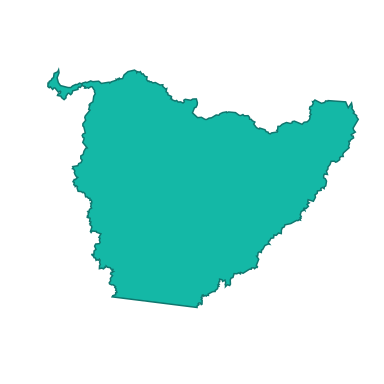 Oriximiná, Pará, Brazil (orthographic projection), rotated 277°
{"feature_id": "56859067B55798525493506", "entity_name": "Oriximiná", "entity_type": "district", "adm_level": 2, "iso_a3": "BRA", "parent_name": "Brazil", "parent_adm1": "Pará", "projection": "orthographic", "projection_center": [-56.798, 0.267], "detail": "fine", "context": "isolated", "style": "filled", "palette": "teal", "viewbox_px": 384, "rotation_deg": 277, "n_neighbors": 0, "source": "geoboundaries", "source_scale": "gbopen_adm2", "svg_char_len": 5973}
<svg xmlns="http://www.w3.org/2000/svg" viewBox="0 0 384 384"><g transform="rotate(277 192 192)"><path d="M78.0,211.1L79.4,210.9L81.0,212.6L81.7,211.7L82.7,212.3L82.8,213.8L81.4,214.9L81.9,215.6L85.6,215.3L86.5,214.3L87.3,215.0L88.5,214.1L88.9,214.8L90.8,214.7L91.2,215.7L90.0,216.4L91.0,217.7L90.4,218.8L91.4,219.6L91.4,220.9L92.8,220.6L95.6,224.7L96.1,227.1L97.0,227.0L99.1,229.1L101.4,229.3L101.7,230.1L102.9,229.0L103.6,230.1L103.9,229.6L106.1,229.7L106.4,230.4L108.9,230.0L108.6,232.5L107.0,233.3L108.6,235.5L106.2,236.5L104.0,236.2L103.8,236.8L102.2,236.8L104.3,238.4L103.8,240.8L105.2,241.4L109.3,240.7L111.2,241.2L112.2,243.1L116.1,243.7L116.3,246.5L117.4,248.1L116.7,250.0L118.1,249.9L117.6,252.6L122.4,258.5L122.6,260.2L123.8,260.3L124.3,262.6L123.5,263.5L125.0,264.6L125.0,265.8L125.7,266.1L127.0,264.8L133.4,266.4L136.2,263.9L136.6,265.0L139.7,265.0L140.8,266.0L140.4,268.2L142.9,268.1L143.4,269.1L147.8,270.9L149.7,274.1L149.6,275.4L150.9,274.1L152.4,274.0L152.9,275.0L155.6,275.9L156.4,278.6L159.3,278.6L159.3,281.0L161.8,282.8L161.6,285.7L165.1,285.4L167.4,286.0L168.6,287.9L170.7,288.2L172.7,293.9L176.5,299.2L176.5,300.7L177.5,301.6L177.3,303.0L178.3,302.5L179.1,303.3L179.8,302.5L180.7,303.5L182.6,302.2L186.0,302.8L187.2,304.7L188.4,304.8L187.5,306.3L189.6,305.5L189.6,307.3L192.0,309.3L193.8,307.7L195.5,309.7L196.3,308.1L198.5,308.2L197.6,313.6L201.8,315.2L204.2,314.4L205.9,316.4L208.3,316.4L209.4,320.0L211.2,319.4L212.4,321.0L211.5,322.7L213.3,322.7L214.3,324.0L219.2,324.2L221.4,322.7L222.2,320.9L224.5,320.7L226.0,321.3L225.9,324.3L229.2,322.8L231.2,324.1L233.5,323.9L236.0,325.6L239.4,326.3L239.9,329.6L239.1,330.9L239.6,332.1L242.1,334.7L244.0,334.4L245.3,335.4L245.7,337.8L247.5,337.1L249.4,337.6L255.1,342.6L256.6,341.7L259.1,342.4L261.4,341.4L261.8,342.7L263.1,343.1L265.4,345.8L267.1,345.2L267.2,343.8L268.3,343.0L271.4,346.8L273.0,345.0L275.0,344.1L284.4,348.2L286.6,346.1L287.9,346.1L290.0,342.5L291.2,343.3L294.7,340.3L295.7,340.8L299.8,339.5L294.7,336.8L300.2,333.5L299.3,315.9L298.7,315.7L298.7,313.6L297.0,312.7L295.8,309.6L298.3,302.8L296.2,301.2L296.3,300.7L294.4,301.6L291.8,300.4L291.2,298.9L290.3,298.6L288.6,298.5L288.0,299.8L284.5,299.5L283.6,300.7L281.5,299.4L280.8,300.1L278.3,299.8L275.7,297.9L274.9,294.8L272.6,293.0L274.8,285.0L274.1,283.0L272.9,282.9L272.0,281.2L272.5,277.3L270.2,273.3L267.9,271.3L267.6,269.3L264.5,269.4L263.5,268.6L262.8,269.6L262.0,269.4L260.4,263.9L259.2,262.5L259.6,260.8L260.7,260.2L260.9,258.2L262.7,256.9L263.7,251.5L262.9,251.3L262.9,250.3L263.7,248.2L266.9,245.0L269.1,245.9L270.1,243.1L271.3,242.1L271.3,240.3L273.0,240.0L274.6,238.4L274.0,234.5L275.1,233.1L273.8,231.1L273.9,229.4L276.1,225.5L275.9,218.6L275.0,216.9L275.7,216.4L274.6,212.8L273.0,210.2L271.4,209.3L271.4,206.6L268.0,202.3L267.4,199.8L265.8,197.9L265.6,196.2L267.3,192.2L266.5,188.5L270.6,182.8L276.0,184.2L276.5,185.6L279.0,186.5L281.2,186.5L284.9,185.0L284.4,181.5L282.9,179.6L283.2,174.0L282.1,172.7L280.5,173.4L279.2,172.2L280.1,169.8L279.6,167.2L281.0,165.6L280.2,164.2L281.2,160.8L282.7,160.2L282.3,159.6L284.3,160.0L285.6,156.2L287.2,156.0L288.4,154.0L291.6,154.3L291.0,153.2L293.3,150.0L294.9,150.0L294.3,147.1L296.2,142.3L295.5,139.8L296.5,138.0L296.2,136.6L297.0,135.7L296.5,135.0L298.0,133.2L300.8,133.4L301.1,131.1L303.3,129.2L302.9,127.9L305.2,126.0L304.5,125.2L304.8,123.3L303.8,122.7L304.9,122.4L306.0,120.1L303.7,113.8L299.9,110.3L296.1,109.3L295.4,106.5L295.9,106.2L294.8,105.6L295.6,104.9L294.3,103.7L294.6,103.0L293.7,103.2L291.6,98.6L290.2,97.2L290.9,97.0L290.7,95.6L288.7,88.8L290.6,85.9L289.4,80.1L289.9,77.9L287.7,74.3L288.1,73.1L286.7,70.0L285.8,69.9L286.4,67.1L284.6,65.0L284.6,63.6L282.7,60.5L280.9,59.0L280.6,56.2L281.6,48.5L284.3,46.0L289.0,44.2L294.1,45.5L297.0,44.7L295.0,44.1L292.9,40.7L288.7,40.6L287.6,39.3L285.8,38.7L284.3,36.8L282.8,36.7L282.6,35.8L279.1,36.1L278.1,37.6L279.1,38.7L276.8,41.2L278.6,42.5L278.5,43.4L274.8,47.2L276.1,48.8L275.5,49.5L274.1,49.3L272.7,47.0L271.4,46.7L271.1,50.3L269.8,51.0L268.1,53.8L270.1,55.5L271.5,55.2L274.6,56.7L275.1,57.7L273.8,59.7L275.2,60.8L277.9,61.3L279.9,66.3L281.1,66.1L282.5,67.0L282.2,68.4L284.3,69.6L283.5,73.1L282.1,72.7L282.0,73.3L282.9,75.8L282.4,76.6L284.3,78.8L284.2,80.1L280.6,83.1L279.7,82.9L277.7,84.0L275.1,82.8L269.5,82.7L267.1,79.9L266.0,80.2L265.8,79.3L264.1,79.9L261.4,79.4L260.8,80.8L254.5,76.8L252.9,76.5L250.2,77.7L246.5,75.4L244.3,75.6L243.4,76.7L237.6,78.9L236.3,76.8L234.7,76.1L232.8,77.2L232.7,78.1L231.4,78.4L227.9,77.5L223.0,82.6L222.5,81.2L219.3,79.8L216.0,79.4L214.2,77.2L211.5,77.6L210.3,79.1L207.7,78.3L206.4,76.1L204.2,75.5L202.7,70.6L202.0,71.2L200.6,70.5L200.4,71.7L198.5,73.2L197.0,72.8L194.9,73.9L192.9,75.6L192.6,76.8L190.0,74.5L190.1,73.6L187.7,72.6L187.1,74.0L184.8,73.8L184.2,75.1L183.2,75.4L184.1,76.3L183.3,77.7L182.1,77.4L178.8,78.9L178.9,82.2L178.0,83.4L178.5,84.4L177.4,85.9L174.2,87.0L174.4,88.5L173.2,89.9L173.2,91.5L171.3,91.7L171.7,92.8L170.5,93.6L168.9,93.8L168.5,92.7L166.9,93.6L165.3,93.2L163.8,94.3L162.3,92.4L160.5,92.2L160.0,91.0L159.1,92.0L159.0,91.5L156.4,91.8L155.3,91.0L154.8,91.8L154.0,91.3L153.5,94.1L150.4,93.9L149.9,95.3L148.2,94.5L148.2,95.1L146.9,94.9L146.0,96.5L144.7,96.9L140.4,96.0L139.5,96.8L141.1,97.7L141.2,101.9L140.4,102.2L139.4,106.7L135.5,105.1L134.9,106.4L133.0,105.9L130.8,107.0L129.4,106.2L128.6,102.7L126.4,101.9L123.4,103.7L121.6,102.0L117.8,102.2L118.0,100.4L117.5,100.2L116.0,102.3L114.9,102.7L114.7,104.3L112.5,105.1L113.3,106.1L112.8,107.2L114.1,108.2L113.1,109.0L110.6,108.9L108.8,109.9L107.8,109.2L104.6,109.4L105.4,111.7L104.9,113.6L106.6,114.5L106.3,114.8L107.3,115.8L108.1,115.8L107.0,117.3L106.9,120.1L105.6,121.0L105.5,122.9L104.3,122.2L103.6,123.6L103.4,122.8L102.6,122.9L102.4,121.5L100.8,121.1L99.3,123.3L96.3,121.5L93.9,122.1L91.8,120.9L90.7,121.4L90.0,123.8L90.4,125.0L88.7,127.6L87.9,127.0L86.6,128.5L85.1,128.2L84.5,129.2L83.1,129.6L82.7,128.5L80.8,128.7L79.4,126.0L78.2,125.5L78.0,211.1Z" fill="#14b8a6" stroke="#0f766e" stroke-width="1.5"/></g></svg>